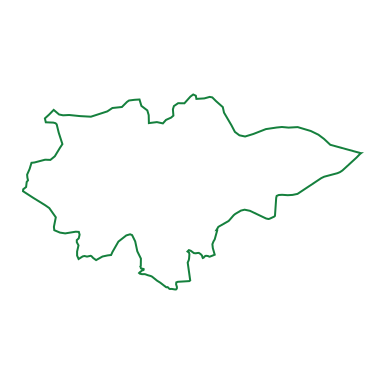 SVG path tracing the border of Mopti
{"feature_id": "MLI-2809", "entity_name": "Mopti", "entity_type": "Region", "adm_level": 1, "iso_a3": "MLI", "parent_name": "Mali", "parent_adm1": "", "projection": "orthographic", "projection_center": [-3.546, 14.53], "detail": "fine", "context": "isolated", "style": "outline", "palette": "green", "viewbox_px": 384, "rotation_deg": 0, "n_neighbors": 0, "source": "natural_earth", "source_scale": "10m", "svg_char_len": 2705}
<svg xmlns="http://www.w3.org/2000/svg" viewBox="0 0 384 384"><path d="M342.4,170.5L340.0,172.1L337.4,173.2L324.2,176.7L321.3,178.1L297.5,193.9L292.6,194.9L287.8,195.2L282.1,194.8L278.8,195.0L276.7,195.9L276.2,197.8L275.0,215.4L274.8,216.1L274.2,216.6L270.8,218.2L269.4,218.8L268.4,219.0L266.1,218.5L249.9,210.8L244.6,209.7L240.9,210.6L235.3,213.9L233.7,215.2L229.8,219.7L228.6,221.0L218.4,226.8L216.6,229.8L217.0,229.7L217.2,229.8L217.3,230.0L214.7,239.4L213.5,241.4L212.4,244.2L212.8,248.0L214.7,254.7L212.3,255.7L209.9,256.6L209.4,256.7L208.9,256.5L208.4,256.2L207.8,256.0L206.1,255.8L205.6,255.9L204.8,256.3L203.6,257.7L202.8,258.0L202.3,256.9L202.1,255.8L201.7,255.2L200.5,254.0L198.8,252.9L197.3,253.0L195.8,253.3L193.9,253.1L190.8,250.8L188.9,250.1L187.5,251.5L189.0,252.6L189.4,254.3L189.1,258.3L188.8,260.0L187.7,262.6L190.2,280.4L189.3,281.1L177.8,281.8L176.3,282.4L176.1,284.4L176.9,286.9L176.9,288.2L176.3,289.3L175.4,289.5L174.6,289.4L171.6,288.9L170.1,289.0L169.6,288.9L169.0,288.5L167.9,287.3L167.4,287.1L166.5,287.3L166.0,287.1L160.3,282.7L157.1,280.7L152.0,276.6L150.7,276.0L147.8,275.2L145.4,274.3L144.3,274.1L142.9,274.2L141.6,274.1L139.9,273.7L139.1,273.0L139.9,272.2L140.5,271.8L142.0,270.5L142.5,270.3L143.2,270.2L143.6,269.9L143.7,269.1L143.3,268.9L141.6,268.6L141.0,268.4L140.8,267.9L140.5,266.5L140.4,266.4L140.8,265.8L140.8,265.4L140.9,258.6L137.3,251.3L135.2,241.4L132.1,235.1L130.1,234.3L126.3,235.4L118.4,241.6L112.5,251.9L111.1,255.0L107.7,255.4L102.5,256.5L96.1,260.1L93.2,258.0L91.5,256.2L90.6,255.8L87.0,256.6L84.5,256.0L82.7,256.4L78.6,259.0L77.1,255.6L77.1,251.5L78.5,245.4L76.8,242.2L76.8,240.1L78.7,238.4L79.6,234.7L78.8,231.9L75.7,231.7L65.2,233.4L60.0,232.6L54.3,230.2L53.9,226.9L55.8,217.3L49.3,208.1L45.3,205.3L33.5,198.0L23.0,191.2L23.2,189.3L26.1,187.0L26.7,182.0L28.0,180.3L27.4,177.7L27.1,174.7L29.6,169.0L31.5,162.8L34.4,162.5L45.1,159.7L50.4,159.9L54.8,156.3L59.9,147.9L62.4,144.1L58.7,132.6L56.7,124.4L55.5,123.2L53.3,122.6L45.8,122.3L44.9,118.4L49.2,114.5L53.7,109.9L59.1,114.5L63.1,115.3L69.2,115.0L80.0,116.1L90.9,116.7L107.3,111.4L112.4,108.0L121.9,107.0L127.0,101.9L129.0,100.5L134.6,99.8L139.5,99.5L141.4,105.9L147.3,110.4L148.7,115.1L148.9,123.1L156.9,122.1L162.9,123.4L166.0,119.9L171.1,117.6L173.4,115.6L172.9,109.3L173.9,106.1L178.1,103.2L184.4,103.3L190.4,96.6L193.2,94.5L195.8,95.7L196.4,98.9L204.3,98.4L209.7,96.9L212.3,97.4L216.0,101.1L222.8,107.1L224.0,112.6L231.4,125.2L234.9,131.9L239.4,135.3L245.1,136.5L253.3,134.0L265.9,129.1L276.8,127.5L281.9,127.0L288.6,127.6L297.7,127.1L310.8,131.0L318.4,134.7L324.0,138.9L330.3,144.8L360.9,153.2L361.0,153.2L360.2,153.8L356.5,157.6L342.4,170.5Z" fill="none" stroke="#15803d" stroke-width="2"/></svg>